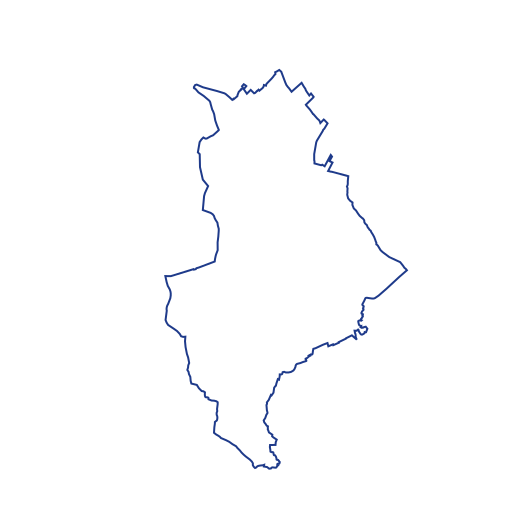 the district of Stalpeni, Arges, Romania, rotated 135°
{"feature_id": "2599482B83298907900991", "entity_name": "Stalpeni", "entity_type": "district", "adm_level": 2, "iso_a3": "ROU", "parent_name": "Romania", "parent_adm1": "Arges", "projection": "natural_earth1", "projection_center": [25.0, 45.053], "detail": "fine", "context": "isolated", "style": "outline", "palette": "blue", "viewbox_px": 512, "rotation_deg": 135, "n_neighbors": 0, "source": "geoboundaries", "source_scale": "gbopen_adm2", "svg_char_len": 6142}
<svg xmlns="http://www.w3.org/2000/svg" viewBox="0 0 512 512"><g transform="rotate(135 256 256)"><path d="M334.3,305.9L334.7,305.3L337.6,300.8L339.5,297.3L340.6,293.4L341.6,291.4L342.6,290.0L344.2,288.4L346.5,286.7L352.1,284.2L353.8,283.7L355.3,282.9L356.7,281.8L357.8,280.4L365.2,274.7L366.3,272.1L366.9,269.4L365.5,262.4L364.9,258.8L365.0,254.8L365.7,252.2L364.7,250.3L363.0,248.9L366.5,245.9L370.2,241.4L374.1,235.6L375.7,232.3L378.9,227.6L381.2,226.6L383.0,225.1L385.1,224.0L385.6,221.8L386.9,219.9L387.9,217.0L390.5,213.9L391.9,211.5L389.0,206.7L389.9,202.8L389.9,198.9L388.8,197.4L388.5,195.7L389.9,194.5L391.1,193.1L391.5,191.9L391.2,191.4L390.2,190.3L389.9,189.5L390.9,188.3L389.6,185.2L387.9,183.3L386.7,181.2L386.5,179.7L387.8,178.4L391.8,175.3L393.1,173.7L394.8,172.9L396.1,171.5L396.7,170.1L397.7,168.9L399.0,167.9L400.0,167.4L402.4,167.7L403.7,166.5L406.5,164.4L410.7,160.7L410.4,158.0L409.8,155.8L409.4,153.8L409.5,152.1L407.4,146.9L406.3,143.5L405.7,139.6L404.6,135.5L404.9,133.5L404.9,129.8L405.2,127.3L405.2,124.4L405.0,121.5L404.3,116.5L404.3,113.6L404.8,111.6L406.1,110.4L406.6,108.7L406.6,106.8L405.8,106.4L403.7,106.3L402.9,106.0L401.5,105.1L399.0,103.1L397.9,102.6L399.3,101.6L397.4,98.9L397.1,96.3L395.7,95.2L394.6,95.3L393.7,94.8L392.0,92.6L391.2,92.1L389.7,92.4L388.8,92.4L389.0,92.8L388.8,93.2L388.0,93.8L387.7,93.8L387.3,93.5L386.5,92.7L386.0,92.8L384.9,93.5L385.0,94.2L384.7,94.7L384.6,96.2L385.2,96.9L385.4,97.4L385.3,97.7L384.7,98.3L383.7,100.2L383.6,101.1L383.5,101.4L383.5,101.7L384.1,102.5L384.0,102.9L382.7,104.8L382.7,105.1L383.1,105.8L383.8,106.4L384.1,107.4L383.9,107.7L383.0,108.7L381.3,111.1L379.7,112.4L375.8,108.6L373.7,110.4L371.2,111.5L372.0,115.5L372.1,117.1L370.8,118.1L371.6,122.1L370.6,124.1L370.4,124.9L369.3,125.9L369.1,126.3L368.0,127.1L368.4,128.3L368.3,129.2L368.0,130.3L367.8,132.5L366.8,134.3L364.0,134.9L360.7,136.5L359.2,136.7L358.5,137.3L357.4,139.2L354.0,143.2L352.7,143.7L351.8,144.8L348.8,145.2L343.7,147.2L343.6,146.4L340.3,147.0L336.3,150.0L334.6,150.3L333.7,150.2L331.6,151.5L327.6,153.5L327.2,152.3L324.4,154.1L322.9,155.5L321.6,154.2L320.8,154.1L319.3,155.0L318.0,154.2L317.3,152.6L315.4,150.7L313.3,149.3L311.1,148.7L310.3,148.6L308.5,148.9L307.6,149.3L306.5,149.7L305.4,150.5L304.4,150.8L303.3,150.7L300.3,148.9L297.9,147.9L294.9,146.3L294.5,146.3L294.0,147.1L293.8,148.2L293.5,148.3L292.8,148.0L291.8,147.7L289.8,147.6L288.7,147.3L288.9,148.2L286.7,147.6L286.5,147.0L285.9,146.7L285.2,146.8L282.6,148.8L281.1,149.8L279.1,148.7L271.4,145.9L267.0,143.9L268.7,141.0L264.0,139.1L264.4,138.3L258.7,136.1L258.4,136.6L250.9,134.0L250.6,134.2L244.3,132.1L243.9,125.6L242.8,128.2L241.7,129.4L240.9,130.4L240.4,131.6L239.1,133.5L237.7,132.0L235.8,131.8L235.8,131.1L236.5,130.1L236.8,129.0L237.2,126.9L237.1,126.0L236.6,125.4L234.8,124.8L233.8,124.8L233.0,125.3L232.7,124.7L232.1,124.3L228.7,125.8L228.4,128.4L229.8,129.3L230.2,129.3L230.7,129.5L230.9,130.0L231.6,130.1L232.0,130.4L232.3,131.4L231.9,131.4L231.6,132.0L231.2,132.2L231.5,132.4L231.7,132.7L231.6,133.3L231.9,134.0L231.6,134.9L230.5,136.7L229.8,137.6L228.6,137.4L227.9,136.9L227.3,136.8L227.5,136.5L227.5,136.0L227.3,135.8L226.9,135.8L227.1,136.2L226.9,136.7L226.6,137.0L226.0,137.3L225.2,137.2L224.4,137.6L223.5,137.6L223.1,137.8L222.9,138.7L222.7,138.8L222.3,138.7L221.6,139.2L222.1,140.5L221.9,141.0L221.5,141.3L220.8,141.5L220.3,141.8L218.1,141.9L217.9,142.1L218.1,142.3L217.4,142.9L217.3,143.4L216.1,143.8L215.5,144.2L215.3,144.6L215.5,145.7L215.0,146.6L211.1,147.8L208.8,148.7L208.3,148.8L207.6,148.5L207.0,147.9L206.3,146.9L203.9,143.7L202.7,142.6L201.6,142.1L197.4,141.3L187.2,140.6L169.3,139.9L159.4,139.2L159.2,141.0L159.4,142.7L158.9,145.2L158.4,149.7L162.5,160.9L163.7,169.1L163.8,172.0L162.5,177.3L162.5,178.3L162.7,179.1L161.5,180.3L161.0,181.7L160.3,183.0L159.0,185.9L158.2,188.6L157.6,191.4L157.0,192.8L157.2,194.2L156.8,196.0L156.8,197.1L155.9,199.2L155.7,199.8L155.9,200.9L155.7,202.6L155.4,203.4L154.5,204.4L154.2,204.9L153.9,206.8L154.1,207.8L154.3,211.1L153.8,214.4L153.6,215.0L153.4,216.2L153.1,217.4L153.2,220.5L151.7,224.0L149.9,225.6L150.4,228.5L150.1,231.6L148.2,234.8L146.2,236.4L145.9,236.9L143.4,239.1L142.5,240.9L141.4,241.2L140.2,242.0L138.2,244.0L134.3,247.2L142.8,261.9L143.5,262.8L144.9,265.1L135.8,268.0L136.9,270.9L135.3,271.5L135.1,271.7L132.0,272.5L131.7,274.6L144.0,270.9L144.6,273.7L145.5,273.9L145.8,274.2L149.2,280.1L147.5,281.8L147.2,282.5L142.8,286.9L133.0,293.8L131.4,294.5L120.4,297.2L119.3,297.7L117.7,297.7L111.6,299.2L111.5,303.9L111.6,304.6L116.5,304.5L115.7,306.1L115.4,307.3L115.5,310.0L115.1,315.7L115.3,316.0L114.7,319.1L114.3,321.6L114.0,326.8L113.8,327.7L106.1,327.6L103.2,327.6L102.7,327.8L102.2,332.0L104.8,331.8L104.0,336.1L103.6,337.9L102.9,339.3L102.7,340.3L102.4,342.0L101.3,346.2L114.7,347.0L114.0,351.5L114.0,352.6L113.6,355.4L112.5,358.2L107.8,368.5L107.9,369.0L108.0,371.1L110.5,371.7L112.5,372.4L113.6,370.9L115.6,370.9L117.0,370.6L119.7,370.4L126.3,370.3L127.1,370.2L128.5,369.4L129.5,371.3L130.2,370.8L131.3,370.3L132.6,370.1L136.7,370.5L136.6,371.8L138.5,371.8L138.6,372.0L141.1,371.9L142.3,372.4L142.3,377.2L147.7,377.2L146.7,382.6L142.7,383.0L142.8,384.3L143.2,386.1L145.9,385.9L146.2,384.4L146.4,384.1L148.3,384.4L148.4,384.5L148.8,384.5L148.8,384.1L152.0,384.3L155.2,382.9L156.2,382.2L160.9,382.6L160.8,383.1L162.4,383.2L162.5,386.9L162.9,392.0L163.3,393.4L166.8,400.0L174.2,412.8L176.7,419.1L178.1,419.9L180.4,419.4L181.1,418.7L181.1,418.1L180.8,417.8L180.7,416.5L181.0,412.4L179.8,406.1L179.2,398.8L179.4,397.8L179.7,397.0L180.7,395.4L183.5,390.4L184.0,388.7L185.3,385.9L188.8,380.9L189.3,380.0L191.3,375.9L193.1,371.5L193.4,371.3L201.0,371.7L203.4,372.7L207.8,373.9L208.8,374.8L209.4,377.0L212.2,377.0L215.3,376.4L223.8,370.4L223.8,367.8L232.8,358.4L239.6,347.6L240.4,339.3L247.6,336.6L250.3,335.1L261.1,326.1L257.6,318.6L257.1,316.1L257.4,314.0L258.4,312.1L259.1,309.9L259.7,306.9L261.5,304.4L263.1,301.6L264.5,300.2L268.9,296.4L273.5,292.8L279.0,287.2L283.2,285.3L284.9,284.3L287.3,282.7L289.1,281.3L304.6,288.3L306.8,289.5L307.9,289.3L309.6,290.3L309.5,290.9L330.5,302.0L334.3,305.9Z" fill="none" stroke="#1e3a8a" stroke-width="2"/></g></svg>